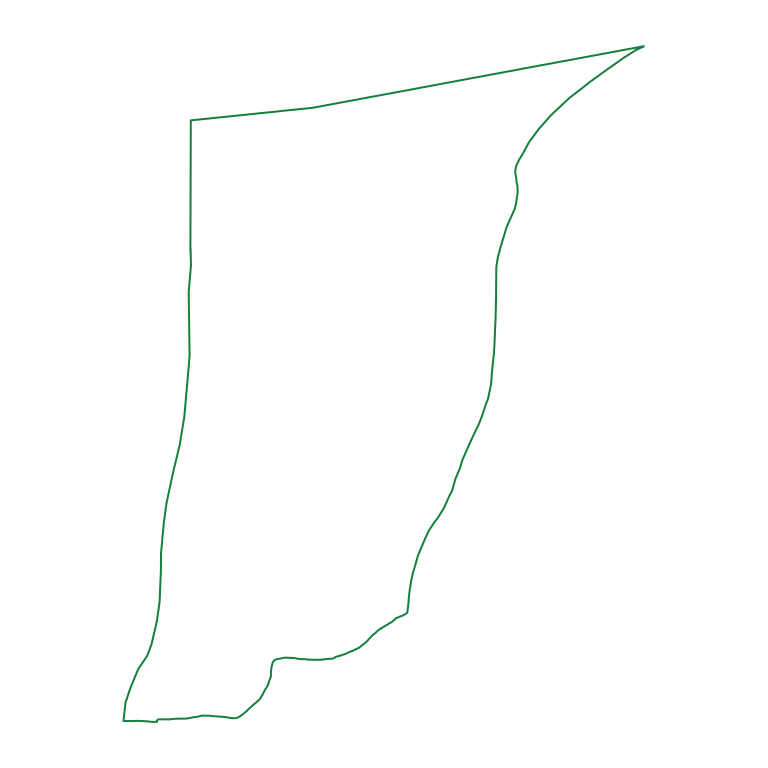 Rumah, Hadramawt, Yemen
{"feature_id": "15242507B71600093935687", "entity_name": "Rumah", "entity_type": "district", "adm_level": 2, "iso_a3": "YEM", "parent_name": "Yemen", "parent_adm1": "Hadramawt", "projection": "orthographic", "projection_center": [50.913, 17.827], "detail": "fine", "context": "isolated", "style": "outline", "palette": "green", "viewbox_px": 768, "rotation_deg": 0, "n_neighbors": 0, "source": "geoboundaries", "source_scale": "gbopen_adm2", "svg_char_len": 5291}
<svg xmlns="http://www.w3.org/2000/svg" viewBox="0 0 768 768"><path d="M497.3,260.7L497.7,258.3L497.9,257.0L501.8,242.9L503.1,238.6L504.4,234.4L506.6,227.1L512.5,213.8L513.5,211.6L514.0,210.5L514.8,208.7L515.3,206.7L516.1,203.3L516.5,200.2L517.1,196.4L517.6,192.8L517.6,192.5L517.7,191.7L517.6,189.1L517.5,187.4L517.5,185.7L517.0,184.1L516.6,182.6L516.4,179.9L516.4,179.2L516.3,178.5L515.8,176.0L515.7,175.3L515.3,172.8L515.3,171.8L515.4,169.9L515.7,167.7L516.4,165.5L517.1,163.9L517.3,163.6L517.7,162.7L518.8,160.4L523.7,152.1L526.4,147.1L528.7,142.7L536.0,132.8L539.2,128.4L540.1,127.5L551.0,115.2L557.8,108.8L569.3,98.0L582.9,87.5L590.8,81.3L607.3,69.4L624.3,57.4L625.0,57.0L634.3,51.1L634.8,50.7L635.8,50.1L639.8,48.2L642.0,47.3L643.3,46.7L643.6,46.5L643.9,46.4L644.4,46.1L644.5,46.1L638.0,47.3L630.1,48.8L622.2,50.2L616.0,51.4L608.6,52.8L602.0,54.0L594.5,55.4L586.5,56.9L578.9,58.3L572.6,59.5L564.4,61.0L559.8,61.8L551.0,63.5L543.8,64.8L537.8,65.9L529.2,67.5L522.6,68.7L515.0,70.2L506.7,71.7L500.3,72.9L493.3,74.2L486.9,75.4L478.9,76.9L472.1,78.1L464.3,79.6L457.4,80.9L450.3,82.2L444.3,83.3L435.8,84.9L428.5,86.3L421.6,87.5L415.6,88.7L406.5,90.4L399.9,91.6L393.0,92.9L385.3,94.3L377.4,95.8L372.2,96.7L364.6,98.1L356.5,99.7L349.6,100.9L342.1,102.3L334.7,103.7L327.7,105.0L321.3,106.2L313.2,107.7L306.0,108.5L299.0,109.2L291.2,110.0L283.9,110.7L277.1,111.5L269.3,112.3L261.9,113.0L254.6,113.8L246.8,114.6L241.9,115.1L232.1,116.1L225.3,116.8L218.5,117.5L211.8,118.2L202.2,119.2L193.4,120.1L191.4,120.3L190.8,120.4L190.4,249.8L190.6,249.7L191.0,265.6L190.8,267.2L189.4,283.9L188.7,292.4L189.2,328.7L189.6,355.8L188.6,367.9L184.3,416.7L182.0,431.0L179.7,444.9L173.0,472.8L172.3,476.1L166.6,502.6L165.9,507.4L163.8,523.1L161.0,553.6L160.9,570.5L159.6,601.7L156.9,621.1L155.6,626.7L151.5,644.4L148.5,652.4L147.2,655.8L138.2,669.2L130.2,688.5L126.5,699.7L125.5,702.6L123.5,720.9L126.2,721.0L128.6,721.0L130.8,721.1L131.5,721.1L133.3,721.0L135.4,720.9L135.9,720.9L137.8,720.9L139.9,721.0L141.9,721.0L143.9,721.1L144.3,721.1L145.0,721.2L146.1,721.3L148.2,721.4L150.3,721.7L152.4,721.9L156.8,721.9L157.1,720.4L157.4,720.1L158.1,719.4L159.5,719.3L161.1,719.3L161.7,719.3L162.6,719.3L164.1,719.3L165.5,719.3L167.0,719.4L168.4,719.4L169.8,719.4L171.2,719.2L172.7,719.0L174.1,718.8L175.6,718.8L177.2,718.7L178.7,718.7L180.0,718.7L181.5,718.7L182.9,718.6L184.3,718.6L185.8,718.6L187.2,718.4L188.6,718.2L190.2,717.9L191.7,717.6L193.3,717.3L194.7,717.1L196.3,716.9L197.7,716.7L199.0,716.4L200.3,716.0L201.7,715.7L203.1,715.6L204.5,715.6L205.9,715.7L207.6,715.7L209.0,715.7L210.4,715.8L211.8,716.1L213.3,716.2L214.7,716.2L216.1,716.4L217.7,716.5L219.2,716.5L220.6,716.6L222.3,716.7L223.7,716.9L225.1,717.0L226.6,717.2L228.1,717.6L229.9,717.9L231.6,718.1L232.9,718.2L234.3,718.2L235.7,718.1L237.0,717.8L238.4,717.2L239.6,716.6L240.9,715.7L242.1,714.8L243.2,714.0L244.5,712.9L245.7,711.8L246.8,710.9L247.9,709.8L249.0,708.8L250.0,707.8L251.2,706.7L252.3,705.7L253.5,704.7L254.7,703.6L256.0,702.6L257.2,701.6L258.4,700.5L259.4,699.5L260.4,698.2L261.2,696.9L262.1,695.4L262.8,694.2L263.5,692.8L264.2,691.4L265.0,689.8L265.9,688.5L266.8,687.2L267.5,685.8L268.1,684.4L268.6,683.1L269.0,681.7L269.4,680.4L270.1,678.8L270.6,677.5L270.9,676.1L271.1,674.8L270.8,672.2L271.0,671.4L271.2,670.0L271.3,668.4L271.5,667.0L271.9,665.7L272.3,664.1L272.7,662.5L273.5,661.2L274.4,660.1L275.7,659.5L277.0,659.2L278.4,658.8L279.7,658.7L281.1,658.5L282.6,658.0L284.0,657.8L285.4,657.7L287.0,657.7L288.5,657.8L289.9,657.8L291.4,657.9L292.8,658.0L294.2,658.0L295.8,658.3L297.5,658.7L299.0,658.9L300.6,659.1L302.3,659.1L303.6,659.1L305.1,659.1L306.7,659.4L308.1,659.7L309.5,659.7L311.0,659.7L312.5,659.8L314.1,659.8L315.7,659.8L317.1,659.8L318.8,659.8L320.2,659.8L321.6,659.6L323.1,659.5L324.6,659.2L326.3,659.1L327.8,658.9L329.2,658.8L330.7,658.8L332.1,658.7L333.7,658.2L335.0,657.5L336.1,656.7L337.5,656.4L339.2,656.0L340.8,655.4L342.4,654.8L344.1,654.5L345.3,653.9L346.8,653.3L348.1,652.5L350.2,651.8L351.5,651.2L353.0,650.6L354.4,650.0L355.6,649.3L357.0,648.8L358.8,647.9L359.9,647.1L361.2,646.0L362.5,645.0L363.6,644.1L364.7,643.3L365.8,642.2L367.0,641.2L368.0,640.1L368.9,639.1L370.0,637.8L371.1,636.7L372.1,635.6L373.2,634.7L374.5,633.7L375.7,632.7L376.8,631.5L378.1,630.5L379.2,629.6L380.4,628.8L381.7,628.0L382.9,627.2L384.1,626.5L385.6,625.6L386.9,624.9L388.3,624.0L389.6,623.2L391.1,622.4L392.4,621.5L393.8,620.4L394.9,619.4L395.8,618.2L396.7,617.9L397.4,617.7L398.8,617.1L399.0,617.0L400.0,616.5L401.5,616.0L402.2,615.7L402.9,615.5L404.2,614.7L404.9,614.4L405.6,614.0L407.3,612.7L407.3,612.4L408.3,604.9L408.7,599.7L408.8,598.1L409.1,594.9L409.9,588.9L410.9,582.5L411.3,580.2L412.4,575.3L412.8,573.3L415.5,564.3L416.3,561.4L418.0,555.4L422.4,545.0L425.5,537.8L429.0,530.4L434.6,521.9L437.3,518.6L440.4,513.7L444.1,507.7L449.2,496.2L452.0,491.1L455.5,478.7L455.9,477.8L460.1,467.7L462.2,460.8L462.6,459.4L464.2,455.9L465.4,453.1L467.0,449.5L470.1,442.5L474.9,432.2L478.7,424.5L479.3,422.9L481.9,416.4L485.0,407.0L485.4,405.7L488.1,398.5L489.4,392.2L490.8,385.4L491.1,384.0L491.8,374.2L492.0,371.7L493.6,356.4L493.8,354.6L494.5,344.0L495.1,328.2L495.6,318.5L495.7,313.6L495.7,313.3L496.1,296.7L496.1,296.1L496.1,290.9L496.3,269.5L496.3,268.5L496.4,266.3L497.3,260.7Z" fill="none" stroke="#15803d" stroke-width="2"/></svg>